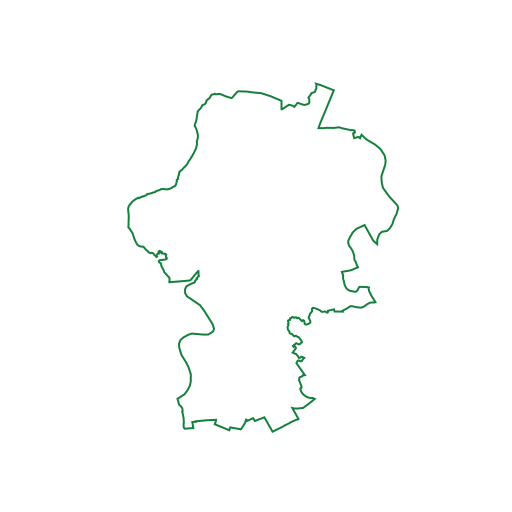 Ardusat, Maramures, Romania (Natural Earth projection), rotated 47°
{"feature_id": "2599482B14412125408944", "entity_name": "Ardusat", "entity_type": "district", "adm_level": 2, "iso_a3": "ROU", "parent_name": "Romania", "parent_adm1": "Maramures", "projection": "natural_earth1", "projection_center": [23.375, 47.634], "detail": "fine", "context": "isolated", "style": "outline", "palette": "green", "viewbox_px": 512, "rotation_deg": 47, "n_neighbors": 0, "source": "geoboundaries", "source_scale": "gbopen_adm2", "svg_char_len": 6131}
<svg xmlns="http://www.w3.org/2000/svg" viewBox="0 0 512 512"><g transform="rotate(47 256 256)"><path d="M404.2,336.1L392.0,333.1L393.5,332.1L395.7,329.9L399.3,325.1L400.4,313.9L400.6,310.5L398.3,311.5L396.9,313.1L394.5,314.7L391.1,315.7L388.0,315.8L386.8,315.6L384.3,314.7L383.2,314.1L383.1,313.5L383.3,312.7L383.1,312.1L377.8,309.7L376.2,309.4L375.9,308.6L374.6,307.4L374.5,307.1L374.7,306.2L375.5,304.3L375.1,303.2L375.9,302.5L376.5,301.5L361.9,299.5L361.0,296.9L361.1,296.5L361.5,296.0L362.4,295.6L363.4,295.3L363.7,294.9L364.0,293.6L363.4,292.3L363.5,291.2L363.4,290.2L360.8,291.3L360.6,291.5L360.4,293.5L359.7,294.1L357.7,293.7L355.2,293.5L351.7,295.1L350.6,289.6L349.8,289.3L348.4,289.2L348.1,289.5L348.0,290.5L347.0,290.3L347.2,286.1L349.8,285.0L350.4,283.8L350.2,282.4L350.5,281.3L350.2,281.1L348.5,280.5L344.7,280.1L343.4,280.8L341.5,281.2L341.1,281.9L341.1,282.4L340.5,282.9L337.4,283.0L336.3,283.8L335.3,283.9L333.5,283.0L331.9,282.9L331.2,282.6L329.5,281.4L328.8,279.6L328.4,279.2L327.5,279.0L327.2,277.9L327.0,277.6L325.2,276.9L325.1,276.4L325.2,275.9L325.9,274.7L324.8,273.6L325.5,272.6L325.3,271.5L325.3,271.0L326.2,270.5L327.2,270.3L328.0,268.5L329.6,268.4L329.9,268.1L330.0,267.2L330.6,266.9L335.0,266.8L335.2,266.4L335.0,265.5L335.1,265.2L335.5,265.1L336.0,265.0L337.0,265.4L338.9,266.7L339.9,266.5L340.2,266.2L341.2,264.6L341.8,262.5L341.7,261.6L340.4,260.5L337.5,259.8L336.5,258.9L336.0,257.3L335.1,256.0L334.8,253.3L334.6,252.7L334.3,252.3L332.8,251.1L332.7,250.6L332.8,249.7L334.1,248.7L336.5,247.4L339.4,246.3L341.6,246.0L342.5,245.2L343.2,243.8L343.7,243.3L345.9,242.7L346.2,242.0L345.9,241.4L345.1,240.8L348.2,235.3L350.2,236.4L355.9,230.4L355.0,230.1L356.3,225.6L357.2,221.0L359.1,219.3L361.4,217.9L363.4,216.2L365.1,214.7L365.9,213.6L366.7,211.1L367.0,207.9L367.9,204.5L369.2,202.7L370.7,201.3L371.2,200.1L364.2,198.8L358.8,197.2L356.3,195.6L356.0,194.9L354.6,195.9L350.7,199.7L349.2,201.4L349.2,202.2L350.3,205.3L350.4,206.9L349.8,207.9L345.4,211.1L342.9,211.9L340.5,211.8L337.4,210.8L333.8,208.6L332.2,207.9L330.5,206.6L330.4,206.2L329.0,205.1L327.8,204.8L326.2,204.0L331.2,196.3L333.8,189.1L332.0,188.7L328.6,187.2L326.0,186.6L325.0,186.0L322.6,183.8L318.2,181.9L314.8,181.2L312.0,180.9L309.3,179.6L307.8,178.1L306.4,174.6L304.9,169.8L304.7,168.1L304.6,164.2L307.4,155.5L324.9,159.8L330.0,159.3L326.6,156.0L324.2,151.1L324.1,147.5L327.0,143.1L327.1,139.6L325.7,134.5L323.0,129.8L321.0,124.4L317.9,119.3L315.4,118.1L303.3,118.0L292.8,116.7L287.8,113.8L283.2,109.9L277.3,99.1L274.5,96.0L270.0,93.3L262.6,92.0L255.3,93.0L248.0,95.2L244.6,95.9L239.3,96.1L240.8,99.6L238.8,99.8L236.8,103.8L232.9,101.7L232.5,100.9L233.1,100.0L233.1,99.5L232.8,99.1L231.9,98.9L231.5,98.4L231.2,98.5L229.0,100.1L228.8,100.8L228.4,101.2L226.6,102.2L221.3,105.9L218.5,107.5L214.9,112.4L213.9,113.2L211.7,115.7L210.4,116.9L208.9,119.0L205.1,123.1L202.9,118.9L187.9,86.1L174.6,92.4L171.0,94.6L172.2,95.0L173.2,96.4L174.6,97.5L175.2,99.3L176.1,100.9L176.0,101.5L174.7,104.4L175.4,106.4L175.9,109.6L177.3,109.9L178.3,110.6L180.2,112.4L180.5,113.4L179.8,115.4L178.4,117.8L172.3,121.2L173.1,126.2L171.1,126.7L167.9,128.7L166.4,137.1L166.0,137.2L159.9,131.5L148.8,136.5L140.4,141.2L133.8,147.1L129.3,150.7L123.8,156.3L123.1,157.9L123.5,160.4L123.5,161.6L123.9,164.5L123.9,165.5L123.7,166.3L118.9,169.1L112.7,171.9L110.4,175.1L109.1,175.6L108.9,176.6L107.8,178.3L107.9,179.3L108.9,182.6L108.5,183.9L108.7,184.4L108.5,185.1L108.7,185.8L108.7,186.5L109.7,187.9L110.0,189.3L110.0,190.0L109.1,192.5L109.8,194.1L110.3,196.1L110.3,198.6L110.6,200.1L116.7,207.9L116.8,208.4L118.3,211.4L119.4,212.2L122.4,213.0L127.8,215.9L130.0,218.0L131.7,221.0L134.2,223.1L136.4,226.5L138.0,230.5L139.4,234.7L139.4,235.1L140.3,237.8L140.7,240.3L141.8,243.5L142.2,246.4L142.2,248.6L142.5,251.4L142.2,253.2L142.4,253.5L142.3,254.9L143.2,255.8L143.4,256.5L144.0,256.9L145.1,259.2L145.8,260.1L146.5,260.5L146.3,262.1L146.7,262.6L147.3,262.8L149.2,265.9L149.5,266.9L149.4,268.2L148.7,269.8L148.7,271.5L147.6,274.2L146.8,275.4L145.1,277.1L143.6,278.2L142.4,279.8L142.0,281.6L140.5,284.6L140.4,285.3L140.5,286.2L139.2,288.3L139.0,289.5L138.4,290.1L137.3,292.2L136.5,293.2L136.8,294.6L136.0,296.4L135.8,297.6L135.2,297.9L135.0,298.3L134.9,299.3L134.2,300.6L134.1,301.8L133.6,302.5L133.0,302.5L132.2,306.1L131.9,309.6L132.8,315.0L133.9,316.9L135.5,318.4L139.9,321.7L148.2,329.9L149.6,329.8L155.1,330.7L160.1,333.1L164.2,334.5L167.3,335.1L169.5,334.4L171.1,333.3L172.5,332.0L176.3,332.2L179.4,331.8L180.4,332.0L181.9,331.3L182.5,330.1L183.7,329.4L184.1,329.3L185.7,329.7L186.6,329.4L188.8,329.5L188.9,328.9L187.6,329.0L187.7,328.1L187.4,327.5L187.4,326.8L187.2,326.6L187.3,326.0L187.9,325.4L186.7,324.5L187.3,324.1L186.4,323.2L186.8,322.9L188.0,324.0L188.2,323.2L188.7,322.7L188.4,322.4L188.8,322.1L190.0,323.0L192.6,320.8L192.9,320.8L193.0,321.2L194.0,321.0L194.1,321.5L194.5,321.9L195.5,322.6L196.7,322.6L197.2,323.5L196.5,325.1L193.5,329.1L193.3,330.1L193.7,330.8L194.8,331.1L196.1,330.6L197.4,331.1L198.7,332.0L203.4,333.3L205.2,334.1L212.7,334.2L213.4,334.5L216.1,337.2L225.7,325.1L228.8,321.0L228.9,320.6L228.9,319.6L227.8,311.3L227.6,308.7L227.7,308.4L228.5,308.9L230.6,311.0L231.7,311.4L231.7,312.9L232.1,314.2L231.8,314.6L232.0,314.9L232.6,314.9L232.6,317.3L233.5,318.9L231.8,323.3L230.8,327.8L231.9,330.5L234.7,333.1L238.4,334.0L253.7,330.5L260.4,331.2L276.1,334.2L280.6,336.3L281.9,338.8L280.9,344.4L277.9,347.8L269.0,355.8L267.4,359.3L266.1,364.4L265.9,368.6L267.7,372.2L270.8,374.7L277.5,378.0L285.8,379.6L291.3,381.2L298.0,384.3L303.2,389.2L305.7,392.7L307.3,397.1L308.4,402.5L306.9,410.8L312.5,413.7L314.0,413.4L315.3,413.5L316.6,413.7L318.0,414.3L319.1,415.2L319.6,415.8L319.5,416.1L322.7,417.9L325.4,419.7L328.2,422.0L330.3,424.3L332.1,425.7L333.0,425.9L333.8,425.8L339.1,419.2L334.0,415.8L336.2,413.1L335.7,412.9L342.6,404.0L348.6,396.9L349.8,398.7L350.9,400.9L365.2,394.4L363.8,391.7L372.5,385.2L371.2,380.0L370.5,377.9L368.9,374.8L370.0,374.5L370.7,374.8L372.6,368.7L375.9,369.3L379.7,359.9L395.8,363.7L399.1,352.6L399.3,351.3L401.1,345.4L401.1,344.5L403.2,338.4L403.9,337.1L404.2,336.1Z" fill="none" stroke="#15803d" stroke-width="2"/></g></svg>